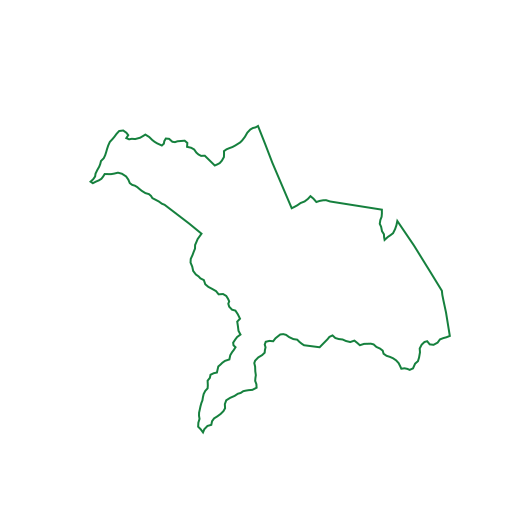 Aracoiaba, Ceará, Brazil, rotated 148°
{"feature_id": "56859067B24661252724236", "entity_name": "Aracoiaba", "entity_type": "district", "adm_level": 2, "iso_a3": "BRA", "parent_name": "Brazil", "parent_adm1": "Ceará", "projection": "orthographic", "projection_center": [-38.671, -4.503], "detail": "fine", "context": "isolated", "style": "outline", "palette": "green", "viewbox_px": 512, "rotation_deg": 148, "n_neighbors": 0, "source": "geoboundaries", "source_scale": "gbopen_adm2", "svg_char_len": 3753}
<svg xmlns="http://www.w3.org/2000/svg" viewBox="0 0 512 512"><g transform="rotate(148 256 256)"><path d="M250.4,144.9L239.5,147.5L236.6,148.5L233.2,148.1L232.2,144.4L229.8,141.7L226.8,139.3L224.8,136.3L221.7,133.1L217.4,132.1L216.2,128.7L215.2,125.3L210.9,124.2L207.5,122.2L205.1,120.8L203.1,118.7L202.1,115.1L199.9,111.8L198.7,108.6L199.6,105.5L198.2,102.2L195.9,99.5L194.0,96.7L192.5,93.3L191.8,89.6L192.1,86.4L192.5,83.4L189.6,82.1L187.5,80.1L186.0,78.0L182.4,77.5L178.1,80.4L174.4,81.0L171.6,83.4L168.0,87.4L166.2,90.8L162.5,93.0L158.7,93.8L156.0,93.0L155.5,89.0L152.5,86.6L147.9,86.3L144.2,87.8L140.6,87.1L137.7,86.2L134.0,85.5L124.8,107.4L120.6,119.0L118.6,124.3L116.8,128.0L116.6,152.1L116.6,156.9L116.5,176.9L116.5,181.4L117.6,210.8L120.6,207.7L123.8,205.1L127.7,202.7L130.9,202.4L134.0,202.3L138.4,201.5L137.3,204.3L136.0,206.6L136.0,210.3L134.4,214.5L134.0,217.7L131.5,220.6L128.7,222.7L126.8,225.2L124.7,228.6L164.3,263.0L167.0,266.2L169.6,267.7L172.9,269.0L176.2,269.8L176.9,274.2L178.1,277.9L181.7,276.9L185.9,276.5L190.1,277.3L194.1,277.1L197.6,277.3L200.4,277.6L192.7,326.6L189.0,345.6L185.4,365.2L188.2,365.3L190.9,366.2L193.8,366.3L198.0,365.2L202.3,362.9L206.6,361.3L209.3,360.7L212.3,360.7L215.0,360.7L218.2,360.9L221.5,361.6L224.5,362.1L227.6,361.9L229.0,359.5L230.8,356.9L234.5,354.9L237.6,354.0L240.3,354.2L243.0,354.6L246.3,368.2L249.5,370.0L251.0,372.6L251.8,375.3L252.0,379.1L253.6,382.1L256.6,385.1L254.3,388.3L255.4,391.6L261.8,394.9L264.4,395.5L266.4,397.2L267.6,401.4L270.2,403.4L272.9,402.0L274.6,400.1L277.3,399.6L280.2,404.0L281.5,406.6L282.5,409.3L283.5,413.5L285.5,417.6L288.2,417.6L291.6,417.7L296.5,419.2L299.2,421.2L301.8,422.2L303.5,424.7L300.3,426.2L300.6,429.2L302.1,432.8L305.8,434.5L309.5,433.5L313.0,432.1L315.8,431.2L319.5,430.2L322.8,428.0L325.7,425.6L327.9,423.6L330.5,421.4L333.3,419.6L337.1,418.7L339.4,416.5L341.7,414.8L344.9,413.1L348.4,410.9L350.3,408.7L353.3,407.4L356.9,406.7L355.8,404.2L352.2,403.9L349.2,403.4L346.2,403.4L343.5,404.4L340.9,405.7L338.6,404.2L335.7,402.3L332.8,401.1L328.9,399.8L326.1,396.8L324.0,392.3L323.8,388.4L324.4,384.7L323.3,381.9L321.5,379.9L320.2,377.4L319.4,374.8L318.4,371.9L316.5,368.0L314.0,365.2L313.2,362.6L313.2,360.0L311.6,357.3L309.5,353.7L308.1,350.2L306.4,347.9L295.5,318.9L290.4,303.8L293.1,302.7L296.5,301.3L298.9,299.6L301.8,297.6L303.8,294.6L306.7,292.5L309.4,290.4L312.9,288.1L315.0,285.1L315.7,280.8L317.2,276.6L316.8,272.2L315.5,269.1L315.0,266.5L313.0,263.2L314.0,258.9L312.8,255.1L310.6,251.3L308.5,247.4L308.0,243.3L304.1,241.2L302.4,237.9L302.4,234.5L302.8,231.7L304.8,230.2L305.6,227.2L304.8,223.2L302.4,220.6L302.3,216.3L302.8,211.3L306.7,210.3L308.6,205.9L310.5,201.8L310.8,197.6L314.9,197.3L317.8,196.2L321.3,194.6L322.4,192.2L321.7,189.5L324.6,188.1L327.3,187.1L330.4,185.5L333.4,182.4L337.9,183.5L341.1,183.3L343.8,182.7L346.5,182.3L348.6,180.2L350.9,177.9L354.0,179.0L357.5,179.4L359.7,177.1L363.1,175.9L365.5,171.7L367.2,169.4L370.5,168.5L373.5,166.7L375.9,164.3L378.0,161.9L380.2,160.3L382.8,157.9L385.4,155.2L387.3,153.3L389.0,150.7L390.2,147.8L393.2,145.2L395.5,141.9L394.7,138.2L394.4,134.5L391.6,136.5L387.2,137.6L383.4,136.5L380.8,139.2L377.6,140.5L373.8,140.5L369.7,140.8L365.8,141.7L362.9,143.3L360.9,146.9L357.7,149.4L353.0,149.4L348.3,148.7L344.4,148.8L341.6,148.0L338.4,148.1L335.9,147.2L333.3,146.1L330.0,144.4L325.3,144.0L323.6,147.1L322.9,150.5L321.2,152.8L319.3,155.0L317.7,158.6L315.4,162.6L314.2,166.1L312.2,167.7L307.8,168.8L303.3,168.7L299.9,169.4L298.2,171.6L296.3,173.5L295.5,176.3L293.2,178.1L289.6,176.9L286.6,174.6L283.1,175.9L279.7,176.3L277.0,176.6L274.3,175.3L272.3,173.2L270.9,169.7L268.4,165.8L265.4,163.2L264.7,160.2L263.8,157.6L262.6,154.9L250.4,144.9Z" fill="none" stroke="#15803d" stroke-width="2"/></g></svg>